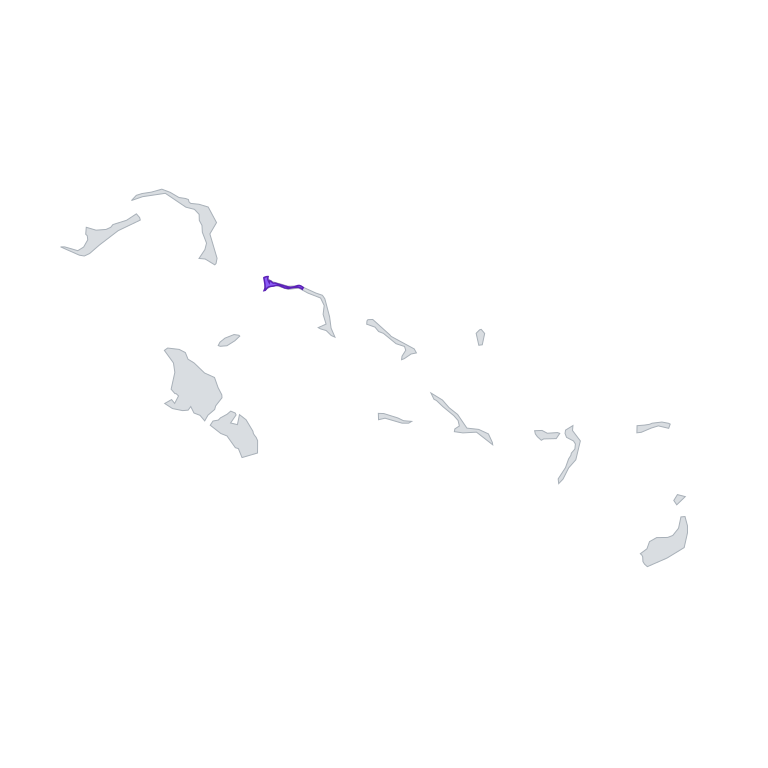 North Eleuthera highlighted on a map of The Bahamas, rotated 339°
{"feature_id": "BHS-5027", "entity_name": "North Eleuthera", "entity_type": "District", "adm_level": 1, "iso_a3": "BHS", "parent_name": "The Bahamas", "parent_adm1": "", "projection": "albers", "projection_center": [-76.584, 25.425], "detail": "fine", "context": "in_parent", "style": "filled", "palette": "violet", "viewbox_px": 768, "rotation_deg": 339, "n_neighbors": 0, "source": "natural_earth", "source_scale": "10m", "svg_char_len": 3919}
<svg xmlns="http://www.w3.org/2000/svg" viewBox="0 0 768 768"><g transform="rotate(339 384 384)"><path d="M228.1,317.2L227.8,327.9L228.7,336.0L227.8,338.8L219.0,344.1L216.8,347.1L208.5,350.0L203.4,354.2L201.0,347.3L196.2,343.0L195.5,335.8L191.8,338.2L186.5,336.7L177.7,331.1L172.3,323.6L180.1,322.4L181.6,327.1L187.9,321.5L186.5,318.5L185.4,318.1L183.4,312.6L192.9,298.2L195.0,288.9L191.0,273.9L194.9,272.9L205.2,278.3L209.8,283.5L209.9,290.6L214.2,296.2L220.4,309.4L228.1,317.2ZM234.7,357.8L234.8,359.9L226.8,365.4L232.6,369.4L238.1,360.8L242.4,367.9L244.7,381.1L244.3,383.4L244.7,385.4L245.5,388.0L245.7,391.6L241.2,403.1L225.1,401.8L224.9,392.1L222.4,390.2L218.8,376.2L213.9,371.7L207.0,360.2L211.1,357.3L216.4,358.3L219.2,357.0L226.7,356.0L231.2,354.4L234.7,357.8ZM616.5,625.1L614.0,631.7L605.6,644.3L586.0,647.9L564.4,648.9L562.7,645.6L562.1,642.6L563.6,638.0L563.4,636.1L562.5,634.3L570.4,632.1L575.4,626.3L583.5,625.1L593.8,628.9L599.3,628.9L607.3,624.2L613.6,614.5L617.5,615.6L616.5,625.1ZM270.4,211.3L268.7,212.1L261.8,203.2L256.3,200.5L265.0,194.3L268.8,188.9L268.8,177.2L270.9,170.7L270.2,165.1L272.2,159.4L269.6,153.0L262.4,147.9L248.2,127.6L225.7,122.6L214.0,122.2L220.4,119.1L226.4,119.5L235.5,121.5L246.4,122.5L253.1,128.5L259.4,136.4L265.2,139.7L267.5,141.7L267.2,144.0L268.2,146.1L275.7,149.9L283.3,155.8L285.5,173.3L275.2,181.5L273.2,206.8L270.4,211.3ZM170.3,137.2L179.9,140.1L185.0,139.8L188.1,138.0L202.3,138.9L213.8,136.4L215.5,141.1L215.2,143.6L190.7,145.6L168.3,152.2L155.9,156.7L150.1,157.1L145.8,154.6L131.2,140.1L135.1,141.6L145.9,149.8L152.7,148.5L159.1,143.2L160.1,139.2L159.2,137.3L162.2,131.0L170.3,137.2ZM316.4,248.4L329.6,258.4L340.8,262.2L353.0,274.7L358.3,279.1L359.3,283.2L357.3,301.7L354.6,312.9L355.0,322.7L352.1,319.8L349.2,313.4L344.4,309.7L342.8,307.8L351.4,307.3L352.1,297.2L356.3,289.3L355.6,281.0L345.6,271.9L338.8,263.9L328.3,261.3L318.6,253.3L312.9,252.4L305.8,253.8L308.4,249.0L310.1,242.7L311.4,241.5L316.4,248.4ZM464.2,477.4L463.7,479.7L453.1,462.1L440.1,457.9L432.6,453.7L434.1,451.3L439.3,450.2L440.1,444.6L437.8,438.5L430.9,426.3L427.0,418.1L425.2,416.2L424.6,409.2L432.8,419.9L436.3,429.5L441.8,438.8L445.6,454.9L456.1,460.3L463.6,468.0L464.2,477.4ZM517.1,536.9L511.4,539.6L512.6,535.0L523.5,527.1L529.5,520.1L532.9,517.6L534.1,515.7L538.9,513.1L541.2,508.6L540.5,505.1L535.3,499.2L535.3,495.0L537.0,492.1L545.5,490.5L543.3,495.0L546.9,507.5L535.9,523.5L526.3,528.5L517.1,536.9ZM424.8,362.1L425.4,366.6L420.0,365.7L412.0,367.6L409.1,367.6L410.8,364.5L416.4,360.3L416.6,356.3L409.7,350.7L401.6,336.5L397.8,333.1L396.0,327.7L389.3,322.0L390.7,319.0L392.0,318.2L396.6,319.7L407.0,340.1L407.7,342.1L424.8,362.1ZM612.4,515.7L617.5,516.8L620.3,516.7L629.8,519.1L635.5,522.6L636.8,524.0L633.9,527.4L625.1,521.4L617.5,520.9L606.9,521.3L602.6,520.2L605.3,513.6L612.4,515.7ZM528.5,491.5L530.4,493.1L525.2,496.7L513.4,492.5L510.7,492.9L508.3,488.2L507.4,484.8L507.9,481.6L514.9,484.0L518.8,488.5L528.5,491.5ZM260.2,290.2L251.1,292.0L244.6,290.1L243.0,288.7L245.8,286.2L251.9,284.2L261.7,284.1L266.0,286.5L266.5,287.6L260.2,290.2ZM396.4,428.8L393.0,429.4L386.9,427.1L372.7,416.3L366.1,415.4L368.2,409.4L373.2,411.5L384.8,420.7L389.1,425.3L396.4,428.8ZM496.1,372.9L489.8,382.6L486.4,381.8L488.2,369.7L492.6,367.7L494.3,367.8L496.1,372.9ZM624.9,597.1L614.0,601.7L612.8,596.6L618.3,592.4L624.9,597.1Z" fill="#d9dde1" stroke="#a8b0b8" stroke-width="1"/><path d="M341.7,266.3L340.6,264.7L338.6,263.0L335.6,261.9L329.1,260.5L325.8,258.8L321.0,254.1L317.9,253.2L316.1,253.0L312.8,252.2L311.3,252.0L309.5,252.4L306.7,254.0L305.5,253.8L307.5,251.7L308.6,248.2L309.9,241.6L309.4,241.6L312.1,241.6L313.4,241.8L314.3,242.2L313.4,243.6L313.0,245.0L313.0,246.5L313.2,248.4L314.4,246.7L315.3,247.5L316.1,249.2L316.8,250.2L318.3,250.6L328.5,258.5L331.4,260.2L335.2,261.1L338.9,261.2L340.2,261.6L341.5,262.6L343.2,265.0L341.7,266.3Z" fill="#8b5cf6" stroke="#5b21b6" stroke-width="1.5"/></g></svg>